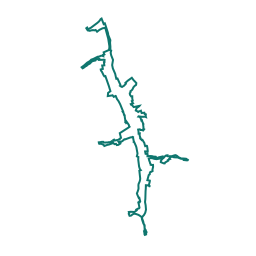 Balan, Harghita, Romania (orthographic projection), rotated 195°
{"feature_id": "2599482B6539282890609", "entity_name": "Balan", "entity_type": "district", "adm_level": 2, "iso_a3": "ROU", "parent_name": "Romania", "parent_adm1": "Harghita", "projection": "orthographic", "projection_center": [25.807, 46.657], "detail": "fine", "context": "isolated", "style": "outline", "palette": "teal", "viewbox_px": 256, "rotation_deg": 195, "n_neighbors": 0, "source": "geoboundaries", "source_scale": "gbopen_adm2", "svg_char_len": 5858}
<svg xmlns="http://www.w3.org/2000/svg" viewBox="0 0 256 256"><g transform="rotate(195 128 128)"><path d="M85.1,33.0L85.8,32.5L85.0,30.9L84.5,29.5L84.1,29.1L83.0,29.9L83.3,30.5L83.4,30.9L83.2,31.2L83.3,31.6L83.1,32.0L83.4,32.6L83.7,32.7L84.2,33.5L84.4,33.3L85.0,34.3L85.8,35.3L86.2,36.1L86.4,37.1L86.8,38.4L88.1,39.6L89.1,41.6L91.2,44.6L91.1,46.1L90.0,48.2L89.4,50.7L89.5,53.8L91.0,58.0L92.4,60.9L92.9,64.0L94.7,71.6L95.1,73.9L95.9,77.2L95.3,77.2L95.3,77.5L93.4,77.9L92.3,77.2L92.1,77.3L92.1,77.6L93.1,78.3L93.1,81.9L93.3,82.8L95.8,82.6L95.8,87.9L95.0,88.9L95.3,90.1L95.0,91.4L94.3,91.6L93.1,92.8L93.6,94.0L93.7,96.9L93.9,97.6L94.3,98.8L95.4,98.4L96.6,98.3L96.9,99.2L97.5,99.6L98.2,100.9L99.0,101.9L100.1,103.9L98.8,104.6L97.5,105.0L96.4,105.1L94.7,105.0L92.3,105.3L89.6,106.6L88.7,106.9L87.5,107.6L86.3,108.4L86.2,107.9L86.6,107.6L86.7,107.2L87.4,105.9L87.7,104.6L87.5,103.5L84.2,103.1L83.4,103.3L83.2,104.3L80.8,106.7L81.2,107.3L79.5,108.8L80.2,109.1L79.7,110.3L78.9,111.2L78.0,111.7L76.1,111.6L73.6,112.1L72.6,112.4L68.8,112.0L66.1,112.5L65.9,111.5L62.6,112.0L62.0,112.3L61.9,112.7L62.4,112.9L63.7,112.9L64.1,113.1L64.1,113.3L64.4,113.3L64.8,113.1L65.4,113.1L67.4,112.7L68.1,112.3L71.5,112.8L73.3,113.7L74.9,114.1L76.1,113.6L78.1,112.3L79.8,111.3L79.9,111.7L82.2,111.0L83.2,111.1L83.3,111.2L83.2,111.7L84.0,111.4L84.7,110.7L85.4,109.4L85.5,109.0L86.9,108.7L87.2,109.5L90.4,107.8L90.2,107.5L92.4,106.6L93.5,106.4L93.6,107.1L94.4,107.0L94.4,107.3L95.9,107.0L97.4,107.0L97.5,106.6L98.0,106.6L98.0,106.9L99.2,106.7L100.5,106.3L101.9,105.8L102.3,107.7L102.6,108.3L103.8,107.7L103.9,107.8L104.4,107.7L105.4,109.8L104.1,110.2L102.9,110.4L102.9,110.7L104.0,113.5L105.0,115.6L105.3,115.7L106.7,114.9L107.6,116.3L108.3,117.7L111.0,120.3L111.6,119.9L111.9,120.3L112.8,120.5L113.5,121.1L113.3,121.5L113.8,121.8L114.0,122.5L114.7,123.6L115.0,124.3L115.2,125.8L116.3,125.3L117.0,127.5L117.8,129.1L116.2,129.8L115.3,129.3L114.4,129.6L112.7,129.5L112.1,131.0L113.0,131.3L113.2,132.6L114.6,136.0L114.4,136.1L115.6,137.5L116.4,138.8L116.6,139.1L117.0,138.7L118.8,141.4L120.3,141.8L120.9,141.7L120.8,142.0L117.5,142.4L114.4,143.3L113.5,143.2L114.1,144.2L114.2,145.5L114.4,145.9L115.5,145.8L116.2,147.0L118.7,146.0L120.0,148.0L120.5,147.5L121.5,147.1L122.3,146.1L123.1,146.5L125.0,146.9L124.9,149.1L124.5,149.9L122.8,151.9L122.6,152.4L127.9,149.7L130.1,151.2L131.1,151.3L131.5,151.8L129.5,153.1L130.7,154.2L131.3,155.0L130.5,155.7L131.4,157.3L132.1,159.7L133.1,159.3L134.7,160.6L135.3,162.0L134.8,163.2L135.2,164.1L134.2,165.4L133.7,166.4L133.3,168.7L132.4,170.5L131.4,171.6L131.4,172.3L131.6,173.6L134.0,175.1L134.8,175.5L137.3,177.5L140.5,173.6L142.2,170.9L141.5,170.3L141.7,169.8L143.0,167.5L143.7,166.9L144.4,166.1L145.6,166.3L146.4,166.6L146.1,166.9L146.6,167.8L151.0,173.1L152.0,172.5L152.6,173.5L154.4,177.0L158.1,181.7L159.3,184.1L159.6,184.7L160.1,189.9L163.0,193.8L164.2,196.1L164.3,198.4L165.7,198.5L165.4,199.5L166.1,202.1L167.4,205.7L167.8,208.3L171.2,212.8L171.7,214.1L172.2,215.0L177.1,222.6L177.5,223.1L177.7,222.9L178.4,222.1L181.9,226.9L182.6,226.1L182.8,225.3L183.6,223.4L184.8,221.6L189.9,215.1L192.2,213.2L192.8,213.5L193.5,214.4L194.1,213.6L192.5,212.1L191.9,211.8L191.5,212.0L190.6,211.9L190.0,212.0L188.6,212.9L187.6,213.2L187.3,213.5L185.8,213.6L184.6,214.3L182.8,213.0L181.0,215.4L178.4,217.7L175.9,218.9L170.2,209.1L167.2,202.3L166.7,200.3L166.7,198.3L171.1,194.8L170.5,193.6L169.8,192.9L170.2,192.5L171.0,192.1L170.5,191.0L171.6,191.1L172.4,190.9L173.1,190.6L175.1,188.8L175.5,189.1L176.9,188.0L176.9,187.9L178.2,186.6L178.3,186.7L179.3,185.8L181.2,184.5L182.2,182.7L183.7,181.2L183.3,180.9L184.1,179.2L184.9,179.7L186.5,177.2L188.5,174.7L187.3,173.9L186.7,174.4L186.1,175.1L184.9,176.7L184.2,177.2L183.2,178.8L181.4,180.5L180.5,182.3L179.2,183.9L179.0,183.7L177.1,184.7L177.2,185.1L175.7,186.5L175.6,186.4L173.6,187.2L173.5,186.3L169.9,187.4L169.3,187.7L168.3,187.8L167.8,185.6L168.3,185.4L167.1,182.4L169.1,181.7L167.6,178.6L169.5,177.5L169.0,176.5L167.8,175.6L165.0,172.4L164.2,171.8L163.3,172.3L157.3,163.5L154.5,159.0L156.3,156.8L155.8,153.6L151.9,155.3L151.4,155.6L149.8,154.4L148.3,155.8L148.2,155.8L146.1,153.1L144.1,151.5L141.7,148.9L137.0,142.7L137.4,142.4L137.2,142.2L136.8,142.4L136.0,141.0L134.7,139.4L134.9,139.3L134.8,139.2L134.6,139.3L134.5,139.1L133.2,136.0L132.3,134.5L132.5,134.3L132.2,133.7L132.2,133.3L132.1,132.8L131.4,132.6L131.1,132.3L130.7,132.9L130.8,133.1L130.6,133.2L130.6,133.4L128.1,131.3L127.5,130.2L126.8,129.6L127.5,128.7L134.6,120.9L133.8,119.4L132.2,116.7L133.4,115.3L133.1,114.7L137.3,112.6L137.7,112.6L138.4,113.2L139.0,112.7L138.5,112.0L139.1,111.6L140.1,110.6L140.4,110.9L141.2,110.0L141.9,109.6L143.0,109.3L143.8,108.8L147.5,107.7L147.9,107.7L148.3,108.2L149.6,107.9L151.6,106.9L152.5,106.6L152.2,105.9L151.7,105.3L149.8,105.8L148.7,105.7L146.8,105.2L146.2,104.5L143.7,106.3L142.1,107.1L138.3,109.7L136.9,108.9L135.5,109.6L134.4,108.6L133.0,109.2L131.7,110.6L133.4,112.1L132.6,112.4L131.5,112.3L131.6,112.6L129.9,114.0L129.1,115.6L128.9,115.8L128.5,116.1L128.4,115.9L127.3,116.6L126.1,117.5L123.1,119.6L122.1,119.9L121.3,120.6L120.7,120.5L120.6,119.9L119.0,116.7L118.9,116.1L118.5,116.2L115.6,112.6L114.9,111.5L112.2,105.8L112.1,102.9L110.5,102.7L109.9,100.0L107.3,93.6L106.3,92.0L105.7,91.2L104.8,90.6L106.0,89.7L103.1,82.3L102.9,80.8L102.9,79.3L103.3,76.6L103.1,75.3L102.2,72.4L102.1,71.2L102.3,68.4L102.5,67.2L101.8,66.1L99.5,63.2L99.0,63.5L97.2,60.2L97.4,59.6L97.9,59.8L98.2,59.7L98.4,59.2L98.2,58.3L98.5,58.3L97.6,56.7L96.3,54.0L96.4,53.5L96.8,53.0L97.5,52.7L98.9,51.3L98.3,50.7L100.1,48.5L102.2,48.1L103.9,47.7L105.4,47.1L105.2,46.8L105.2,46.5L104.8,46.2L105.1,45.5L105.1,45.3L103.8,43.6L102.5,44.1L102.1,44.5L101.3,45.7L100.0,46.8L98.0,47.0L95.4,46.8L93.8,46.3L91.7,45.5L90.9,43.5L88.4,39.7L87.3,38.6L86.7,37.4L85.7,34.5L85.6,33.9L85.1,33.0Z" fill="none" stroke="#0f766e" stroke-width="2"/></g></svg>